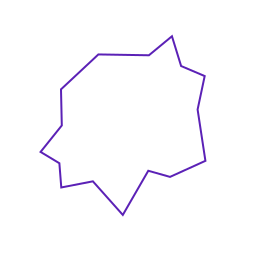 Waynesboro, Virginia, United States of America (Robinson projection), rotated 339°
{"feature_id": "52423323B98983591567848", "entity_name": "Waynesboro", "entity_type": "district", "adm_level": 2, "iso_a3": "USA", "parent_name": "United States of America", "parent_adm1": "Virginia", "projection": "robinson", "projection_center": [-78.906, 38.066], "detail": "fine", "context": "isolated", "style": "outline", "palette": "violet", "viewbox_px": 256, "rotation_deg": 339, "n_neighbors": 0, "source": "geoboundaries", "source_scale": "gbopen_adm2", "svg_char_len": 357}
<svg xmlns="http://www.w3.org/2000/svg" viewBox="0 0 256 256"><g transform="rotate(339 128 128)"><path d="M37.8,119.0L51.3,136.3L44.4,159.6L76.1,165.2L92.0,207.3L131.6,175.2L149.7,188.7L188.5,186.4L199.6,135.7L218.2,107.0L199.8,89.2L201.9,58.1L173.6,67.6L126.7,48.7L79.3,67.9L67.1,101.9L37.8,119.0Z" fill="none" stroke="#5b21b6" stroke-width="2"/></g></svg>